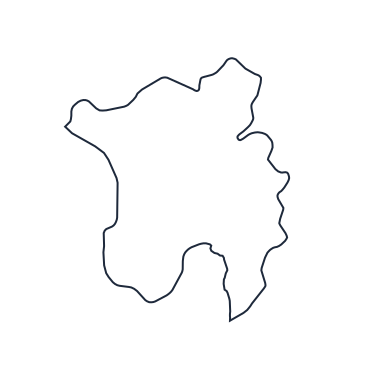 P'yŏngyang, orthographic projection, rotated 63°
{"feature_id": "PRK-3305", "entity_name": "P'yŏngyang", "entity_type": "Special City", "adm_level": 1, "iso_a3": "PRK", "parent_name": "North Korea", "parent_adm1": "", "projection": "orthographic", "projection_center": [125.945, 38.994], "detail": "fine", "context": "isolated", "style": "outline", "palette": "slate", "viewbox_px": 384, "rotation_deg": 63, "n_neighbors": 0, "source": "natural_earth", "source_scale": "10m", "svg_char_len": 3136}
<svg xmlns="http://www.w3.org/2000/svg" viewBox="0 0 384 384"><g transform="rotate(63 192 192)"><path d="M121.5,78.7L123.3,79.6L126.0,81.4L135.4,89.7L135.8,90.2L137.0,92.5L137.3,93.0L139.5,97.0L140.6,98.6L141.6,99.6L142.6,100.2L144.5,101.0L153.7,103.7L154.7,104.3L155.7,105.4L157.4,107.8L158.2,109.1L158.8,110.2L159.7,112.9L161.3,118.7L162.0,122.8L162.3,124.2L163.1,126.1L163.7,126.6L164.7,126.9L166.5,126.7L167.2,126.2L167.7,125.4L167.8,124.7L167.7,122.1L166.7,116.1L166.6,114.5L166.7,112.8L166.8,112.0L167.5,109.1L168.5,106.5L169.2,105.4L171.1,102.8L173.3,100.7L174.5,99.9L175.7,99.3L181.4,98.0L182.9,97.9L184.5,98.1L186.6,98.9L188.9,100.0L191.5,102.7L196.2,108.5L197.6,109.6L209.5,107.3L212.9,105.8L214.0,104.7L214.8,104.1L215.3,103.4L215.7,102.7L216.2,101.2L216.8,99.7L217.4,99.0L218.0,98.4L218.8,98.2L219.6,98.1L222.0,98.5L223.7,99.1L225.2,100.4L226.9,102.6L229.9,107.7L231.0,110.2L231.7,112.1L231.9,114.1L232.2,115.0L232.6,115.8L233.1,116.6L233.9,117.4L235.2,118.0L237.6,118.4L247.7,117.8L249.3,118.9L255.9,125.6L259.4,128.4L260.1,128.5L261.9,128.5L271.1,127.4L273.9,127.5L275.7,127.9L276.6,129.1L277.8,131.2L279.3,136.3L279.6,138.9L279.5,141.2L278.9,143.2L278.6,145.0L278.8,147.3L279.0,148.6L279.4,149.9L280.3,152.3L283.7,156.8L291.3,164.4L293.3,165.8L306.3,168.1L308.4,168.8L309.3,169.5L310.6,171.8L318.5,189.0L320.3,192.1L322.2,196.4L323.1,201.0L323.9,216.6L321.2,215.1L319.7,214.5L317.8,213.5L315.8,212.2L306.2,207.8L304.1,207.2L298.0,206.1L296.0,206.1L293.8,207.3L288.2,205.5L284.3,203.2L283.3,201.8L279.8,198.8L277.8,196.1L276.3,195.5L266.8,194.1L265.2,193.5L262.7,193.7L261.3,195.9L258.6,197.2L256.5,199.7L253.1,201.5L250.6,201.2L248.5,199.2L246.8,199.8L244.2,202.7L242.9,205.2L242.2,207.5L241.8,209.5L241.0,217.5L241.1,219.6L241.4,221.5L242.0,223.5L242.8,225.5L244.0,227.3L245.6,229.0L249.3,231.5L256.7,235.4L258.3,236.7L259.3,237.8L270.4,253.9L271.3,255.8L271.9,257.7L272.3,259.6L272.6,261.6L272.8,274.4L272.5,276.4L271.8,278.3L270.7,280.2L268.9,281.7L267.1,282.7L255.3,285.9L252.0,287.5L249.5,289.4L248.0,291.3L242.7,299.1L241.1,300.9L238.9,302.4L236.4,303.5L229.9,304.9L225.4,305.3L217.5,303.6L205.5,298.3L200.3,294.9L188.5,289.3L186.8,287.3L186.1,285.2L186.5,279.0L186.2,277.0L185.4,275.1L184.1,273.3L182.5,271.6L180.8,270.3L150.0,254.1L145.3,252.9L125.3,251.8L117.2,252.7L107.3,257.6L85.2,272.2L76.2,275.4L73.9,268.4L72.1,266.8L69.3,264.9L65.4,262.9L63.3,261.2L61.8,259.0L61.0,256.5L60.1,252.6L60.1,249.7L60.7,247.1L61.7,245.2L63.0,243.8L64.6,242.7L74.0,239.4L77.3,237.3L78.8,234.8L80.3,231.3L85.2,213.6L85.4,211.2L85.3,209.4L83.3,202.6L81.7,198.9L79.5,195.9L78.0,190.0L76.6,168.3L76.7,166.8L77.2,165.1L77.7,163.9L78.9,162.2L101.0,144.4L101.6,144.1L102.7,143.4L104.0,142.2L104.3,141.5L104.4,140.8L104.3,140.1L104.1,139.6L103.8,139.2L102.7,138.3L100.3,137.0L95.7,133.4L95.2,132.9L94.7,132.0L94.6,131.2L94.7,130.4L95.1,128.1L95.3,127.4L96.6,121.3L96.8,119.7L96.7,117.6L96.6,116.3L96.3,114.9L93.3,106.4L90.8,101.8L90.3,100.5L90.2,98.9L90.4,97.3L90.6,96.6L90.8,96.0L91.1,95.4L92.7,93.6L93.8,92.7L106.3,88.4L115.4,82.4L117.7,80.2L118.7,79.5L120.0,79.0L121.5,78.7Z" fill="none" stroke="#1e293b" stroke-width="2"/></g></svg>